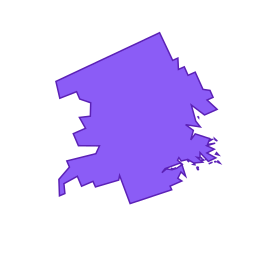 the district of Derby-West Kimberley, Western Australia, Australia, rotated 156°
{"feature_id": "25037944B76695994650709", "entity_name": "Derby-West Kimberley", "entity_type": "district", "adm_level": 2, "iso_a3": "AUS", "parent_name": "Australia", "parent_adm1": "Western Australia", "projection": "albers", "projection_center": [123.97, -17.504], "detail": "medium", "context": "isolated", "style": "filled", "palette": "violet", "viewbox_px": 256, "rotation_deg": 156, "n_neighbors": 0, "source": "geoboundaries", "source_scale": "gbopen_adm2", "svg_char_len": 1768}
<svg xmlns="http://www.w3.org/2000/svg" viewBox="0 0 256 256"><g transform="rotate(156 128 128)"><path d="M60.4,202.2L174.9,199.9L178.2,182.9L160.2,182.1L160.3,174.1L151.8,166.2L157.6,154.1L168.1,157.4L166.9,145.0L180.3,145.1L180.5,132.0L161.3,123.3L167.8,117.6L197.3,122.8L197.4,116.1L212.0,109.2L218.2,93.9L212.3,93.8L209.2,103.2L193.9,104.5L194.1,93.7L181.7,93.5L181.7,87.4L157.7,84.2L155.0,88.0L156.8,58.1L113.2,53.8L113.2,57.8L100.4,57.7L103.0,61.8L97.5,66.3L95.0,60.5L93.6,72.5L100.0,71.4L104.8,72.0L109.6,75.0L115.2,73.4L110.6,75.8L95.1,74.8L92.7,72.0L95.9,78.4L93.6,80.2L92.8,76.2L86.1,75.0L82.2,69.3L73.7,66.4L76.8,73.1L72.7,70.3L74.0,72.3L72.2,76.2L68.2,64.8L59.9,65.0L66.1,73.1L57.8,73.5L63.2,79.7L54.5,78.7L62.0,80.6L57.6,85.0L69.0,95.3L75.5,91.6L69.3,99.2L74.0,107.6L61.5,99.6L63.3,106.7L60.8,123.2L52.8,108.8L39.0,108.8L44.4,121.4L37.8,121.4L37.8,129.0L43.8,132.8L43.9,151.7L51.7,151.7L51.7,161.0L58.1,161.0L54.0,171.6L59.7,171.6L60.4,202.2ZM65.8,62.5L68.9,62.4L64.7,62.4L65.8,62.5ZM56.1,66.4L57.1,69.5L58.7,68.5L56.1,66.4ZM51.7,79.7L53.1,82.8L53.2,81.7L51.7,79.7ZM55.8,83.3L58.1,84.2L58.8,82.9L55.8,83.3ZM73.2,68.4L74.9,69.2L71.8,67.5L73.2,68.4ZM80.1,61.1L81.3,62.5L81.3,61.7L80.1,61.1ZM87.1,74.4L86.5,73.1L86.1,72.1L86.2,73.5L87.1,74.4ZM58.6,60.2L59.7,61.8L59.5,60.9L60.0,61.0L58.6,60.2ZM59.1,109.1L59.7,110.4L59.3,108.7L59.1,109.1ZM70.6,67.0L70.8,68.0L70.8,67.4L70.6,67.0ZM81.5,68.4L81.8,68.4L81.8,68.1L83.1,68.1L81.8,67.2L81.5,68.4ZM81.1,64.6L80.1,63.1L79.8,63.5L81.1,64.6ZM63.0,61.9L60.8,61.1L62.0,62.0L63.0,61.9ZM101.4,71.9L100.3,72.2L103.1,72.3L101.4,71.9ZM58.3,58.5L58.7,59.9L59.5,59.7L58.3,58.5ZM104.6,73.4L105.5,72.7L104.2,73.0L104.6,73.4ZM71.7,68.2L72.8,69.5L72.7,69.0L71.7,68.2Z" fill="#8b5cf6" stroke="#5b21b6" stroke-width="1.5"/></g></svg>